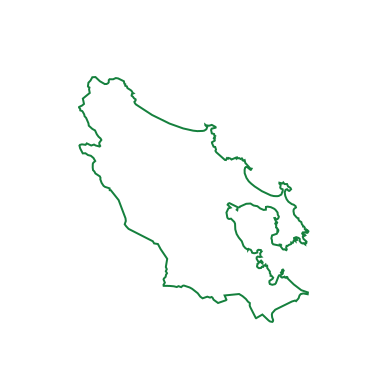 Song Cau, Phú Yên, Vietnam (Equal Earth projection), rotated 322°
{"feature_id": "81297802B65581648571900", "entity_name": "Song Cau", "entity_type": "district", "adm_level": 2, "iso_a3": "VNM", "parent_name": "Vietnam", "parent_adm1": "Phú Yên", "projection": "equal_earth", "projection_center": [109.244, 13.527], "detail": "fine", "context": "isolated", "style": "outline", "palette": "green", "viewbox_px": 384, "rotation_deg": 322, "n_neighbors": 0, "source": "geoboundaries", "source_scale": "gbopen_adm2", "svg_char_len": 6094}
<svg xmlns="http://www.w3.org/2000/svg" viewBox="0 0 384 384"><g transform="rotate(322 192 192)"><path d="M177.1,342.9L177.9,340.3L179.4,337.8L180.7,336.8L185.1,336.0L203.3,339.8L206.4,341.0L206.8,342.1L210.5,341.4L213.1,339.7L214.8,339.4L217.2,340.4L220.2,343.8L221.5,342.5L217.7,336.7L215.3,327.5L214.2,319.5L214.7,317.7L214.2,317.2L213.2,317.5L212.8,315.8L212.1,316.0L211.6,315.2L210.3,314.9L209.9,313.9L210.2,311.8L209.4,311.3L208.3,311.7L201.9,315.5L200.6,315.7L198.1,314.5L196.7,312.4L197.4,310.7L198.3,309.8L202.1,310.0L203.2,309.5L203.1,307.3L202.3,306.4L203.2,305.4L203.4,303.8L204.4,302.6L204.5,298.3L205.8,296.4L204.8,295.9L205.3,294.5L203.9,294.7L203.1,293.8L202.0,294.8L200.9,293.9L199.7,294.4L197.9,293.3L197.3,291.6L197.5,290.6L199.4,288.9L200.2,289.2L201.6,288.7L202.9,289.1L203.4,291.4L204.1,291.3L204.4,290.4L204.2,288.6L202.3,288.8L201.3,288.0L201.8,284.4L202.8,283.3L204.0,283.3L205.4,285.0L206.7,285.7L206.5,284.7L207.9,282.3L210.2,281.7L209.9,281.3L210.5,280.1L208.7,278.4L207.4,278.4L206.2,279.9L203.8,278.9L202.6,277.8L202.0,276.7L202.5,275.7L202.7,273.7L201.5,271.8L200.6,272.1L201.1,271.4L200.2,271.0L199.5,269.0L199.4,266.1L200.9,261.5L200.8,256.7L201.3,252.6L203.1,248.1L206.4,243.5L206.9,241.6L206.3,237.0L204.6,236.1L204.0,234.8L204.2,233.7L206.5,229.4L210.6,227.3L212.8,228.1L212.2,224.0L213.5,223.5L214.7,223.9L218.9,232.7L220.2,233.3L220.7,233.0L227.5,234.7L231.0,237.1L232.2,240.5L234.8,243.5L235.6,246.9L237.4,250.2L239.3,251.4L241.1,249.3L242.6,250.1L244.8,252.5L246.4,255.7L246.8,257.3L246.8,260.8L245.6,262.7L245.3,264.8L244.3,265.6L242.6,266.0L241.4,265.2L241.5,263.6L240.9,263.3L240.2,266.1L240.3,268.5L239.4,269.0L238.8,268.6L238.8,267.9L238.2,268.1L237.8,270.2L236.4,271.7L236.8,272.6L236.1,274.4L236.7,274.7L236.2,275.7L235.3,276.2L235.0,275.6L234.0,276.7L233.0,277.1L228.4,275.5L226.0,277.4L225.4,279.1L223.8,281.5L223.8,283.2L227.7,287.8L228.4,288.0L228.7,287.5L229.6,288.3L229.6,289.5L229.2,288.3L228.4,289.1L228.3,292.8L228.5,293.5L229.5,294.0L230.5,295.9L231.2,295.7L232.1,293.6L233.4,292.7L234.0,293.3L235.6,293.3L237.9,294.0L238.5,293.9L239.1,292.9L240.2,294.1L242.3,292.9L243.0,293.3L243.2,294.2L243.7,293.1L244.3,293.1L244.7,294.3L245.3,294.5L245.5,293.6L244.4,292.9L243.8,291.6L244.1,291.1L246.3,291.7L247.7,293.8L248.0,295.3L246.7,296.9L246.7,299.2L247.3,300.5L248.2,300.8L248.8,302.7L249.2,301.8L249.8,301.8L250.0,302.7L250.5,302.7L251.7,301.6L251.0,297.6L251.7,295.5L252.8,294.9L253.6,295.8L254.6,295.9L254.5,295.2L253.1,294.0L253.3,292.5L254.3,292.1L254.8,292.9L255.7,293.3L255.8,293.9L256.0,293.3L256.7,294.1L256.9,293.6L257.8,294.0L257.9,294.7L258.4,294.6L258.4,295.1L259.1,294.9L259.2,293.8L259.5,293.9L259.4,292.9L258.5,292.5L258.7,292.0L258.2,292.0L258.0,290.7L258.9,289.6L259.0,288.3L258.3,287.6L258.7,287.2L258.8,284.9L259.6,283.0L258.8,280.7L259.0,279.0L259.7,278.3L258.8,276.7L258.6,272.6L260.1,269.7L261.1,268.6L262.3,268.1L264.4,268.2L264.9,266.9L264.3,264.6L263.2,263.0L262.0,259.0L262.1,256.0L263.1,252.5L264.8,249.4L267.1,247.9L268.6,248.3L268.9,250.5L269.5,251.1L271.8,250.8L272.1,249.3L271.1,246.7L271.8,244.3L269.8,242.7L269.8,240.7L268.6,241.0L266.6,238.5L266.0,239.2L266.3,240.9L264.2,242.9L264.1,243.9L265.1,245.7L264.3,246.9L260.8,249.0L257.9,248.5L256.5,247.7L254.0,245.6L252.0,243.1L247.6,234.4L244.8,226.2L243.8,221.9L243.3,218.5L243.6,214.4L245.1,209.6L247.2,206.8L248.8,205.6L249.8,205.5L250.8,206.3L251.8,210.6L252.2,210.8L253.3,210.3L252.4,209.3L251.9,201.9L253.1,199.3L251.7,199.0L251.4,198.0L251.9,197.7L252.0,196.2L250.6,195.9L250.0,194.3L248.9,193.8L248.9,192.8L247.6,193.0L247.9,192.0L243.1,190.7L242.9,189.4L241.6,187.5L240.8,187.9L240.4,186.8L238.4,187.7L237.7,187.0L235.6,175.6L235.8,174.0L237.0,173.4L238.0,170.8L236.9,169.6L237.8,166.0L238.3,165.1L241.6,165.5L242.2,164.6L242.2,163.1L242.8,162.8L243.5,163.3L244.2,161.8L244.7,161.9L244.5,161.0L245.1,159.9L243.7,158.0L245.2,154.9L246.5,154.2L249.8,155.7L250.3,155.8L250.6,155.2L248.9,151.3L246.3,150.3L244.7,148.7L244.3,148.9L243.9,147.2L243.6,147.7L244.0,150.2L241.9,151.4L239.5,151.2L238.1,150.5L233.8,147.4L230.7,144.4L224.2,136.5L216.4,124.2L207.9,106.6L201.7,88.4L201.7,86.7L202.1,85.5L203.8,85.2L204.6,84.3L204.0,82.4L204.1,80.7L203.7,78.9L205.0,77.8L206.6,78.2L206.3,77.4L206.6,75.3L206.4,74.0L205.1,70.4L205.7,68.7L204.8,67.1L205.8,66.0L205.4,65.0L206.5,62.8L203.7,57.0L202.1,55.3L199.2,54.6L196.5,52.4L195.3,52.6L193.9,54.3L192.8,54.6L191.2,54.3L189.7,53.2L187.6,48.0L186.7,42.0L184.1,40.2L180.6,41.7L177.7,42.1L175.1,44.6L175.0,45.3L175.5,46.5L174.1,47.7L172.4,51.0L163.5,51.2L161.1,56.1L158.7,56.2L155.4,55.5L155.0,55.9L155.0,57.7L154.2,58.9L155.3,60.6L155.3,61.6L154.8,64.6L154.0,66.1L154.2,68.4L152.7,74.1L151.5,76.2L152.3,80.9L153.5,83.8L152.5,88.0L152.4,90.9L152.9,93.5L152.6,95.2L149.3,96.1L148.4,97.3L148.0,99.2L147.2,99.3L144.7,96.0L144.0,94.3L141.2,93.3L139.0,88.9L137.2,89.3L134.6,86.7L132.8,85.9L131.9,86.1L130.7,88.8L129.7,94.3L131.9,95.9L132.8,98.9L134.6,101.2L135.3,104.5L134.8,108.0L132.2,108.2L131.1,108.8L128.8,111.6L127.5,113.8L127.7,115.8L127.3,117.9L129.0,123.0L128.6,124.5L127.6,125.5L126.4,129.1L126.1,132.7L126.6,134.4L129.3,138.4L128.3,139.9L129.1,140.6L129.2,153.2L123.4,171.8L122.0,174.1L119.1,176.0L119.0,178.5L119.3,182.0L130.8,206.7L130.5,209.2L133.1,212.0L132.1,217.8L131.4,228.2L131.3,229.4L125.2,235.0L124.6,237.3L122.6,238.3L122.3,240.6L120.6,241.2L119.0,242.6L116.5,242.9L115.7,243.5L114.8,246.7L112.4,247.6L111.9,248.5L116.5,252.2L119.7,255.2L121.5,257.5L123.4,257.9L124.9,260.3L126.9,260.2L128.0,260.7L131.4,265.8L132.5,268.4L134.2,275.3L134.1,279.6L134.9,282.3L139.6,283.9L141.2,286.3L142.8,286.8L143.1,287.9L142.7,290.2L144.2,295.5L152.1,298.2L152.8,298.1L154.0,293.6L166.3,301.4L167.7,305.1L168.6,309.5L168.6,312.9L169.2,315.1L167.5,317.1L167.0,318.7L164.7,330.5L164.8,330.9L172.0,331.9L173.3,340.6L173.8,342.1L175.3,343.8L176.0,343.8L177.1,342.9ZM215.9,310.3L215.9,309.1L214.9,309.0L214.2,309.9L212.4,310.3L212.3,311.7L211.8,312.2L212.6,312.4L213.6,311.9L214.1,311.2L215.9,310.3ZM216.5,234.2L217.1,233.7L217.3,233.2L216.3,233.5L216.5,234.2Z" fill="none" stroke="#15803d" stroke-width="2"/></g></svg>